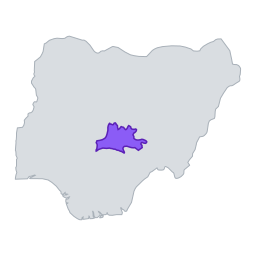 Nassarawa highlighted on a map of Nigeria
{"feature_id": "NGA-2867", "entity_name": "Nassarawa", "entity_type": "State", "adm_level": 1, "iso_a3": "NGA", "parent_name": "Nigeria", "parent_adm1": "", "projection": "albers", "projection_center": [8.322, 8.561], "detail": "fine", "context": "in_parent", "style": "filled", "palette": "violet", "viewbox_px": 256, "rotation_deg": 0, "n_neighbors": 0, "source": "natural_earth", "source_scale": "10m", "svg_char_len": 5347}
<svg xmlns="http://www.w3.org/2000/svg" viewBox="0 0 256 256"><path d="M221.1,38.9L229.8,50.7L231.7,59.6L232.5,64.0L233.9,64.5L236.6,64.6L238.6,65.5L239.7,66.9L240.5,68.3L240.6,69.1L240.2,74.4L239.5,76.4L239.9,79.0L239.8,80.1L239.6,80.9L238.4,81.8L236.8,82.7L232.9,85.3L231.8,85.7L230.2,85.8L228.8,86.4L227.1,87.8L223.6,93.0L220.5,98.2L218.4,106.5L215.7,109.1L215.2,111.4L214.9,116.6L214.5,118.2L214.0,118.6L211.1,119.7L209.4,120.9L208.4,123.2L207.2,131.2L206.8,132.6L205.8,134.0L204.3,135.5L203.0,136.3L199.6,136.9L196.5,142.9L196.4,144.0L195.1,149.5L192.6,153.6L192.5,156.2L189.4,159.9L187.8,162.4L189.5,164.9L189.6,165.3L184.3,169.7L184.0,170.4L183.8,173.4L183.4,174.2L182.4,175.3L181.0,176.6L179.5,177.5L177.9,178.2L176.3,178.4L175.4,178.1L174.8,177.1L173.9,173.5L173.5,172.7L172.4,172.0L168.3,167.9L165.8,166.5L165.2,166.6L164.8,167.0L164.1,169.1L163.4,169.8L162.1,170.1L159.8,170.1L158.2,169.9L157.8,169.5L157.0,167.9L151.9,171.6L150.1,172.4L147.8,176.8L144.6,179.0L142.4,180.9L136.4,186.8L135.2,188.6L134.0,191.2L131.5,202.4L127.4,209.3L126.8,210.8L126.6,210.8L126.0,211.4L124.4,211.0L123.7,209.7L122.7,209.5L121.0,207.6L120.6,207.9L122.4,212.7L121.8,214.6L116.7,214.6L112.4,215.3L109.4,215.2L107.9,214.5L107.2,212.7L106.9,212.9L106.8,213.9L105.8,214.6L102.5,214.8L101.0,213.5L99.8,212.1L98.5,211.5L98.7,212.1L100.2,213.5L100.0,215.4L97.3,217.6L95.5,217.7L94.5,216.8L93.9,215.2L93.7,212.9L93.0,211.3L92.6,211.3L93.1,213.9L93.1,216.2L94.3,218.1L92.4,218.6L90.0,218.7L89.7,218.0L89.4,216.5L89.0,216.1L88.5,218.6L83.6,219.3L82.9,219.2L82.8,218.8L83.1,218.0L83.1,216.9L82.0,217.8L81.8,219.6L81.2,219.8L79.3,219.6L77.3,218.6L74.0,216.4L70.0,212.7L69.4,211.0L68.2,209.0L66.2,203.5L66.6,203.2L67.5,203.5L67.9,203.0L66.3,202.6L65.9,202.2L65.8,201.0L65.9,199.5L68.5,198.7L69.0,197.8L69.4,196.9L66.3,198.2L63.3,196.6L62.7,195.7L63.0,195.0L66.4,194.9L67.6,194.2L66.9,194.0L65.6,194.0L65.1,193.5L65.2,192.4L64.8,192.6L64.2,193.6L62.2,194.4L61.1,193.6L61.0,192.0L60.7,191.2L59.8,190.6L56.3,186.2L52.0,182.5L48.2,180.0L42.4,178.7L30.2,178.6L29.6,178.2L30.3,177.7L31.4,177.3L35.3,175.3L34.7,175.0L30.6,176.3L29.2,176.4L27.4,178.8L15.4,179.2L15.4,178.0L16.0,174.8L16.8,172.6L16.0,169.9L15.8,167.5L16.3,166.7L16.5,165.8L16.5,159.5L17.1,158.6L17.2,158.0L16.0,155.3L16.0,153.2L15.8,151.3L15.4,150.3L16.0,142.7L15.9,140.8L16.3,139.5L16.5,136.2L16.5,133.0L17.4,127.9L22.5,127.3L23.8,125.3L24.5,122.8L24.3,120.2L26.0,118.1L28.0,116.2L28.0,114.0L28.6,113.4L29.5,112.9L30.9,112.7L32.4,111.6L33.3,109.8L34.1,106.8L32.9,104.7L32.9,104.3L33.4,103.1L34.2,102.0L34.8,101.7L36.3,102.0L36.8,101.6L37.8,98.3L37.7,97.4L36.4,95.2L35.7,89.2L35.3,88.4L34.2,87.3L31.5,83.1L31.5,81.1L32.8,78.6L33.5,77.4L34.6,76.7L34.9,76.1L34.5,75.4L34.0,74.9L33.9,73.7L34.5,72.2L34.3,70.4L34.7,61.5L37.0,59.7L40.4,56.9L42.1,53.8L43.1,51.5L44.3,43.9L46.1,43.0L49.4,40.3L54.0,38.7L57.0,38.2L62.2,38.6L64.8,38.3L67.0,36.8L68.1,36.4L69.5,36.2L82.4,40.2L83.6,40.1L84.5,40.3L86.2,41.4L89.9,45.1L93.9,50.9L95.2,52.1L96.4,52.8L97.7,53.1L98.6,53.0L99.6,52.4L100.8,51.3L102.7,50.8L104.3,51.0L112.4,46.6L113.1,46.5L118.1,47.5L124.8,51.9L130.4,54.8L134.2,55.7L138.8,56.4L146.6,56.6L152.4,50.4L154.6,49.0L157.2,47.8L162.6,46.6L171.6,45.8L180.1,46.0L185.4,47.1L191.0,49.0L193.4,50.9L197.1,51.2L199.8,50.8L200.7,48.9L203.4,46.3L207.4,43.9L210.7,42.3L213.4,41.5L215.8,39.6L217.7,39.0L221.1,38.9ZM102.8,217.2L100.9,217.8L99.7,217.7L101.4,215.1L102.2,215.7L103.3,215.9L102.8,217.2Z" fill="#d9dde1" stroke="#a8b0b8" stroke-width="1"/><path d="M146.8,141.9L146.3,142.8L145.6,143.3L145.0,143.3L144.5,143.2L143.9,143.1L143.4,143.0L142.9,142.7L142.0,142.4L141.5,142.6L141.2,143.0L141.0,143.5L140.9,144.1L142.0,145.4L142.0,146.4L142.0,146.7L142.1,147.1L142.2,147.6L141.8,147.9L139.1,149.8L138.4,150.3L134.8,147.6L134.1,147.8L132.0,147.7L130.6,147.4L126.8,146.2L124.3,146.4L123.3,147.3L122.9,148.7L123.4,150.1L124.3,152.0L124.4,152.7L124.2,153.0L123.8,152.9L123.6,152.8L123.1,152.4L122.2,152.0L121.8,151.5L121.2,151.3L120.6,151.3L120.0,151.1L119.0,150.5L118.5,150.4L116.9,150.1L116.6,150.0L115.6,149.4L115.0,149.2L113.6,149.1L113.0,148.9L112.1,148.6L110.9,148.5L109.9,148.2L109.6,148.1L109.3,148.1L106.6,148.4L103.3,148.1L102.7,148.1L98.8,149.4L97.9,150.0L97.7,150.2L97.3,150.5L96.7,150.9L96.2,151.1L96.1,150.3L96.3,149.5L96.7,149.0L96.9,148.4L97.2,145.6L97.1,144.3L96.2,142.7L96.7,141.4L96.9,140.8L99.6,140.4L102.3,139.7L104.7,138.4L105.5,137.5L106.2,136.5L107.0,134.2L107.9,130.3L107.9,128.4L107.9,127.2L108.4,125.2L108.7,124.6L108.9,124.5L109.2,124.3L109.2,124.0L109.2,123.6L109.7,123.3L110.0,123.8L110.4,124.1L111.0,124.0L111.5,124.4L111.8,124.5L112.1,124.5L112.8,124.8L113.4,124.5L114.2,123.1L115.3,122.9L115.9,123.5L116.1,123.9L116.1,124.4L116.7,124.9L117.4,125.4L117.6,127.6L118.1,129.5L119.6,128.6L120.7,127.1L121.2,126.6L121.8,126.9L123.5,127.3L124.3,128.3L124.7,128.7L124.9,129.1L125.4,129.6L126.1,129.5L126.9,128.7L127.5,127.6L128.0,126.5L128.7,125.6L129.8,126.2L130.7,126.9L131.0,128.2L131.9,129.1L133.2,129.3L134.5,129.3L134.8,129.3L135.1,129.1L135.7,129.0L136.2,129.3L136.5,129.7L136.4,130.3L136.2,131.0L135.4,132.0L134.9,132.5L134.2,132.7L133.8,133.4L133.3,134.0L133.0,134.8L133.4,135.7L133.8,136.3L133.9,137.1L133.8,138.1L134.3,138.8L135.8,139.7L137.0,140.0L138.8,140.0L140.5,139.7L141.7,139.3L142.9,139.4L145.1,140.3L146.1,140.9L146.8,141.9Z" fill="#8b5cf6" stroke="#5b21b6" stroke-width="1.5"/></svg>